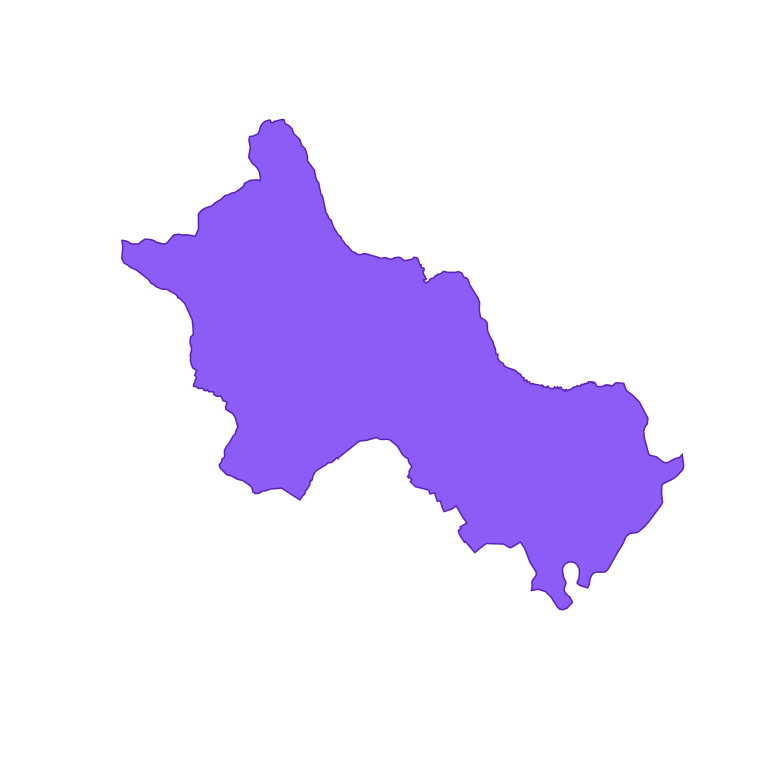 Aita Mare, Covasna, Romania, rotated 214°
{"feature_id": "2599482B68791868874365", "entity_name": "Aita Mare", "entity_type": "district", "adm_level": 2, "iso_a3": "ROU", "parent_name": "Romania", "parent_adm1": "Covasna", "projection": "albers", "projection_center": [25.64, 45.977], "detail": "fine", "context": "isolated", "style": "filled", "palette": "violet", "viewbox_px": 768, "rotation_deg": 214, "n_neighbors": 0, "source": "geoboundaries", "source_scale": "gbopen_adm2", "svg_char_len": 6147}
<svg xmlns="http://www.w3.org/2000/svg" viewBox="0 0 768 768"><g transform="rotate(214 384 384)"><path d="M629.4,535.4L630.3,532.6L630.4,530.2L630.1,527.3L628.9,524.7L628.4,520.6L631.4,516.1L633.8,514.0L632.3,510.5L627.3,505.7L623.0,496.3L616.5,493.3L610.5,492.4L606.0,490.2L601.7,485.9L600.5,483.2L603.4,482.3L608.9,477.9L609.6,476.7L611.9,472.2L611.2,470.8L611.3,468.6L613.5,462.0L614.9,459.1L616.8,457.4L619.6,452.6L620.5,452.4L621.2,451.1L622.6,445.0L623.5,443.9L625.4,439.5L626.4,435.3L630.4,430.1L632.2,426.4L632.9,422.3L632.6,420.6L624.6,409.0L623.0,400.9L629.7,398.1L635.8,394.0L637.2,393.9L640.8,390.9L641.7,389.7L642.6,380.9L643.3,378.5L645.3,376.6L652.4,374.2L654.3,374.4L657.8,373.4L660.9,371.9L663.2,370.3L665.0,365.9L665.6,363.2L667.1,361.9L672.4,358.7L676.2,358.8L681.4,356.8L681.5,356.4L678.4,353.1L676.1,349.7L671.9,341.9L670.5,340.6L666.9,338.9L664.1,339.3L658.7,339.0L653.3,340.0L638.0,339.0L633.0,337.2L630.6,337.7L627.4,337.2L620.7,338.7L617.4,340.9L608.2,341.8L605.0,341.6L603.2,340.2L600.6,340.7L593.9,339.2L578.3,329.6L577.7,328.2L576.2,327.0L570.2,319.0L569.8,317.8L570.6,314.9L569.2,311.7L566.9,308.7L564.0,306.5L562.5,304.5L560.7,299.3L559.6,298.6L557.9,295.4L554.1,292.0L551.2,290.3L547.0,290.6L545.9,285.5L543.7,285.1L542.7,283.7L542.7,281.4L541.5,279.4L541.8,277.4L540.5,275.6L538.0,276.9L535.4,276.5L533.0,278.1L532.7,278.8L530.8,278.8L530.2,278.2L528.1,278.6L527.1,280.5L525.1,279.5L522.6,281.3L520.7,281.9L518.9,280.1L516.2,280.3L514.7,280.9L513.4,282.2L512.0,282.5L508.0,280.1L505.9,281.0L503.8,280.9L502.3,276.1L500.7,274.5L493.2,274.9L488.8,273.2L482.3,267.6L481.4,267.8L480.4,261.9L479.3,259.5L480.0,257.0L479.2,246.7L479.8,244.2L479.1,239.6L475.6,234.7L475.5,233.1L476.4,231.4L475.4,229.3L475.2,224.5L472.7,222.7L463.5,220.8L459.4,222.4L452.2,223.1L447.1,225.0L437.3,224.8L434.9,223.6L432.3,221.2L429.4,221.1L426.9,223.2L424.4,227.9L422.4,229.2L419.4,233.5L410.6,240.4L388.8,240.9L388.8,245.9L388.2,248.5L389.1,250.8L388.9,255.4L389.3,257.3L389.0,258.7L391.2,262.8L390.0,263.1L390.1,265.1L391.5,267.7L391.9,272.7L391.0,275.9L387.0,284.4L386.5,287.0L383.9,289.4L383.2,290.9L382.4,293.4L382.2,296.4L380.1,296.5L380.4,297.8L373.3,320.6L371.9,323.5L367.1,327.4L360.4,335.3L355.6,336.2L350.7,339.8L348.1,341.0L337.8,339.9L330.5,336.4L326.4,335.3L321.8,335.5L320.8,333.8L318.4,332.4L314.8,331.4L314.4,325.7L312.9,323.8L312.5,320.2L311.1,320.0L310.9,320.9L307.4,320.3L307.6,317.8L300.7,316.4L288.2,320.9L286.9,320.8L286.2,319.7L284.4,318.6L281.2,322.1L274.4,316.7L271.7,318.5L266.8,314.2L262.8,311.8L257.7,318.4L256.0,323.3L244.4,317.7L237.5,315.1L241.0,308.1L239.5,307.3L240.4,304.1L238.7,302.5L235.3,300.4L228.7,297.8L228.5,299.0L214.5,295.0L210.7,307.4L209.5,309.3L195.3,318.2L188.0,318.6L186.6,320.5L182.5,329.3L175.4,326.4L163.0,317.7L152.7,313.2L151.4,311.3L150.8,311.1L151.1,304.5L150.8,302.9L147.8,298.7L146.3,295.2L141.5,300.0L134.1,302.2L127.1,301.0L115.2,296.0L112.4,295.6L109.8,296.6L107.0,300.2L105.7,308.3L110.4,311.2L115.1,311.7L118.7,313.2L120.5,315.8L121.4,319.9L122.2,321.3L127.3,324.5L131.7,329.1L133.1,331.8L133.3,336.0L131.5,339.4L129.7,341.0L126.5,342.3L123.1,342.3L119.0,340.1L117.0,337.7L113.8,332.2L112.8,327.2L111.7,326.6L108.6,326.6L101.3,328.8L101.8,332.9L103.8,336.5L104.6,339.1L104.9,343.2L104.1,345.1L102.6,346.9L96.7,350.9L95.6,352.0L95.0,353.5L94.7,356.0L96.4,377.9L96.5,384.5L98.0,392.8L96.7,397.5L91.0,402.5L89.7,406.1L88.2,412.1L87.5,417.7L86.5,438.7L86.9,441.7L92.6,448.3L96.7,454.7L97.0,456.1L96.8,457.4L92.1,465.5L89.8,471.2L88.4,480.3L90.0,484.0L97.3,492.3L97.9,488.3L100.9,485.0L104.5,478.2L106.1,476.2L108.9,475.4L117.5,476.0L123.9,473.5L125.3,473.9L137.7,484.6L142.3,490.1L143.7,494.8L143.4,498.1L145.8,502.8L146.6,503.5L162.3,511.9L171.0,513.6L179.6,514.2L185.6,518.6L192.2,514.9L192.9,513.3L193.3,510.8L194.6,509.7L195.0,508.6L196.5,509.3L197.4,508.2L198.4,508.3L198.5,507.0L200.0,507.1L200.4,505.6L202.3,503.4L205.6,501.3L206.6,501.2L209.0,502.7L209.8,502.4L210.4,502.8L210.7,501.7L211.4,501.6L212.1,502.5L212.7,501.6L213.3,501.8L215.6,500.3L215.2,498.7L216.5,498.2L217.0,496.5L218.2,496.3L218.7,494.6L220.2,494.0L220.0,492.0L223.0,490.5L222.8,489.6L225.1,487.2L226.3,483.7L227.9,482.1L228.1,481.0L229.7,481.3L230.2,480.8L229.7,479.8L230.3,479.1L231.7,479.7L233.3,479.1L235.4,480.4L236.1,479.8L236.4,478.2L238.3,478.8L238.1,477.8L238.9,477.0L241.0,477.0L241.1,475.0L242.2,473.9L245.0,473.1L246.9,474.0L247.3,473.5L247.4,471.8L248.8,471.7L250.1,470.7L251.1,471.5L251.9,470.8L252.3,471.5L253.2,470.5L258.5,468.3L258.9,467.6L260.6,467.8L262.7,465.9L264.4,467.1L267.0,465.6L267.2,466.8L267.7,467.0L268.8,466.5L269.8,465.2L270.7,465.8L271.2,467.3L271.7,467.5L273.8,466.8L275.5,468.2L277.6,468.4L279.1,467.8L280.3,468.5L283.1,468.6L292.3,466.2L295.0,466.5L296.5,467.6L301.2,467.6L304.4,469.2L306.1,472.3L307.9,471.4L311.4,475.5L314.8,477.6L317.0,479.8L322.7,482.5L328.2,486.3L332.3,492.2L336.2,493.4L340.8,493.1L341.6,493.6L346.2,498.4L350.2,504.9L354.2,507.9L368.6,514.3L371.1,516.5L373.7,518.0L375.5,518.0L377.2,517.1L381.6,519.5L384.9,518.9L387.4,516.4L393.4,512.3L397.7,510.7L398.4,507.7L399.7,505.7L401.0,505.0L400.9,503.9L402.2,501.5L402.0,499.4L404.0,497.8L404.4,496.1L404.2,494.3L405.8,491.2L409.1,491.7L409.4,492.7L407.7,493.7L407.7,494.8L409.3,495.3L410.5,496.5L411.9,496.7L414.6,498.8L414.9,499.2L414.2,500.2L415.2,502.0L415.8,502.4L418.5,501.3L419.6,503.4L421.1,503.0L425.9,506.8L427.9,506.9L430.2,505.6L430.0,504.2L431.3,502.3L435.9,497.7L440.5,498.0L442.6,497.4L445.0,495.4L446.6,493.6L446.7,492.6L449.0,490.7L453.5,489.6L457.4,486.0L459.1,485.9L471.1,482.1L473.6,480.8L475.4,478.5L477.9,476.7L481.6,476.8L484.2,476.0L491.5,478.0L493.9,477.9L496.1,479.1L499.8,480.2L502.0,481.8L505.4,482.1L514.0,486.1L519.3,490.2L522.2,490.5L525.6,492.8L527.9,493.6L538.2,503.6L540.8,505.7L542.6,506.2L550.7,514.3L553.3,515.1L556.5,517.5L561.2,522.3L571.9,526.1L572.7,526.7L574.0,529.1L578.1,532.9L581.4,535.1L585.5,535.5L590.0,539.4L599.2,541.2L602.9,544.2L604.5,544.6L608.1,545.0L611.7,544.6L614.7,547.2L616.3,546.4L621.5,540.7L622.1,540.0L621.8,539.1L622.8,538.2L624.2,537.6L625.3,538.8L626.4,539.0L629.4,535.4Z" fill="#8b5cf6" stroke="#5b21b6" stroke-width="1.5"/></g></svg>